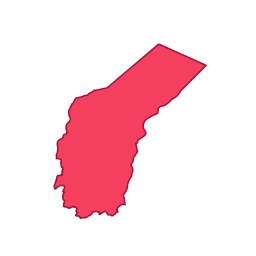 Caille Des, Dauphin, Saint Lucia (Mercator projection), rotated 139°
{"feature_id": "8701671B89602605916522", "entity_name": "Caille Des", "entity_type": "district", "adm_level": 2, "iso_a3": "LCA", "parent_name": "Saint Lucia", "parent_adm1": "Dauphin", "projection": "mercator", "projection_center": [-60.881, 13.983], "detail": "fine", "context": "isolated", "style": "filled", "palette": "rose", "viewbox_px": 256, "rotation_deg": 139, "n_neighbors": 0, "source": "geoboundaries", "source_scale": "gbopen_adm2", "svg_char_len": 5752}
<svg xmlns="http://www.w3.org/2000/svg" viewBox="0 0 256 256"><g transform="rotate(139 128 128)"><path d="M28.0,124.1L49.5,170.6L50.0,171.2L117.5,172.0L128.7,178.2L128.7,178.5L129.1,178.3L130.0,178.7L130.9,178.7L132.3,178.7L132.9,179.1L134.1,179.4L135.2,179.5L136.2,179.3L137.9,179.8L138.9,180.5L139.7,181.2L140.5,181.3L141.3,181.3L145.3,183.4L147.9,184.7L149.1,184.2L151.1,183.6L152.5,182.9L154.5,182.9L155.9,182.2L157.0,181.9L159.1,180.7L159.7,180.7L161.6,179.7L162.0,179.4L162.7,178.4L163.1,177.8L164.4,175.9L165.1,173.1L166.1,172.1L166.7,171.9L167.3,171.6L168.1,171.4L170.1,171.3L170.7,171.3L171.4,171.1L172.4,170.7L173.7,169.8L174.5,169.0L175.3,168.0L175.5,167.6L176.0,166.4L176.6,165.5L177.4,164.4L177.6,164.2L177.8,164.1L178.0,164.0L178.7,164.0L179.2,164.4L179.7,164.6L179.9,164.8L180.7,165.1L182.3,164.3L183.3,163.7L183.6,163.4L183.8,163.3L184.4,163.3L186.0,163.7L187.3,164.1L188.1,164.2L188.7,164.1L189.6,163.9L190.5,163.5L191.0,163.2L191.6,162.6L192.1,162.1L192.4,161.7L192.9,160.9L193.4,159.7L193.6,159.4L194.1,158.8L195.5,157.6L196.7,156.4L198.8,155.1L199.7,154.7L200.5,153.7L200.8,153.1L202.1,151.8L201.1,151.1L200.4,150.0L199.5,148.8L199.4,148.5L199.5,147.8L199.6,147.4L199.9,147.0L201.4,146.0L201.8,145.6L202.3,144.5L202.8,143.8L203.3,143.4L203.4,143.2L203.5,142.9L203.5,142.4L203.6,142.1L203.8,141.9L203.8,141.7L203.5,141.3L203.4,141.1L203.6,140.6L204.0,139.7L204.4,139.2L204.9,139.0L205.0,139.0L205.1,139.4L205.3,139.4L205.6,139.1L205.9,138.7L206.4,138.3L206.7,138.3L206.9,138.0L207.2,137.1L207.2,136.4L207.4,136.3L207.6,136.4L207.8,136.6L208.2,136.6L208.3,136.4L208.8,135.8L209.0,135.8L209.1,136.0L209.2,136.3L209.3,136.5L209.5,136.6L209.9,136.7L210.2,136.5L210.3,136.6L210.5,137.0L210.9,137.1L211.1,137.2L211.5,137.7L211.7,137.8L212.5,138.1L212.9,138.1L213.8,137.7L214.0,137.6L214.6,136.7L215.0,136.4L215.4,136.2L215.7,136.1L215.9,136.2L216.1,136.2L216.3,136.0L216.8,135.1L217.0,135.0L217.9,134.9L218.2,134.8L218.4,134.6L219.0,134.1L219.5,133.7L220.7,133.3L221.3,132.8L221.7,132.6L222.5,132.0L222.5,131.8L222.3,131.7L222.8,130.8L222.8,130.5L223.0,130.0L223.1,129.9L222.6,129.6L222.3,129.5L221.9,129.5L220.8,129.7L219.5,129.7L218.8,129.5L217.7,129.2L216.4,128.7L215.9,128.1L215.7,128.0L215.0,127.7L214.7,127.3L214.5,126.6L214.4,126.2L214.4,125.8L214.5,125.4L214.7,125.0L214.9,124.7L215.2,124.4L215.6,124.1L216.0,123.9L216.4,123.8L216.8,123.9L217.1,123.9L217.3,123.8L217.4,123.7L217.5,123.5L217.6,123.2L217.7,122.9L218.8,122.9L218.8,122.7L218.4,122.6L218.2,122.5L218.3,122.4L218.5,122.4L218.6,122.2L218.4,121.7L218.4,121.3L218.6,121.1L218.8,121.1L219.1,121.2L219.7,120.8L220.1,120.8L220.4,120.6L220.7,120.3L221.6,119.6L221.8,119.3L222.0,119.1L222.6,118.9L223.0,118.2L223.2,117.8L223.7,116.8L223.8,116.2L223.7,116.0L223.7,115.8L223.5,115.4L223.7,115.0L224.2,114.6L224.4,114.1L224.7,113.7L224.9,113.6L225.2,113.4L225.9,113.1L226.3,113.1L226.6,112.6L227.2,111.8L227.3,111.7L227.5,111.7L227.9,111.5L228.0,110.9L228.0,110.6L227.8,110.3L227.7,110.2L227.3,110.1L227.2,110.0L226.8,109.3L226.1,108.4L225.8,108.0L225.5,107.5L225.5,107.3L225.6,106.7L225.3,106.5L225.0,106.3L224.8,106.2L224.6,105.8L224.1,105.5L223.7,105.4L222.7,105.2L221.7,105.2L220.9,104.9L220.9,104.7L221.1,104.2L220.9,103.8L219.6,103.0L219.3,102.7L219.4,101.0L219.4,100.8L219.7,100.4L220.9,100.0L221.2,99.8L221.4,99.5L221.8,98.9L221.9,98.4L221.9,98.2L221.7,98.0L221.6,97.8L221.6,97.7L222.8,97.1L223.7,96.8L224.0,96.8L224.5,96.6L225.0,96.2L224.9,96.0L224.7,95.8L224.2,95.4L223.9,94.7L223.0,93.9L222.7,93.4L222.7,93.1L223.1,91.4L223.1,91.1L222.8,90.9L222.7,90.9L222.4,90.8L221.5,90.4L221.1,90.1L220.5,89.7L219.7,88.5L218.7,88.1L218.3,88.0L217.7,88.1L217.4,88.0L217.0,87.7L215.5,87.6L215.1,87.3L214.8,87.2L213.5,87.0L213.2,86.9L212.3,86.8L211.3,87.0L210.9,87.4L210.6,87.6L209.4,87.5L208.8,87.1L208.4,86.8L208.0,86.7L207.1,86.3L206.8,86.0L206.5,85.6L206.2,85.0L205.6,84.3L205.4,84.1L204.7,83.6L204.6,83.3L204.6,83.2L205.0,82.7L206.1,82.3L206.3,82.1L206.2,81.8L205.9,81.4L205.6,81.3L205.2,81.5L204.3,81.1L203.9,81.0L203.3,80.9L201.9,80.8L201.3,80.6L200.3,80.3L200.1,80.2L199.8,79.9L199.7,79.7L199.6,78.4L199.7,77.4L199.7,77.1L200.0,76.4L200.1,76.1L200.1,75.8L200.0,75.5L199.4,75.0L198.1,73.9L198.0,73.5L197.9,72.6L197.8,72.4L197.3,72.0L196.8,71.9L196.4,71.8L194.6,71.6L193.7,71.7L193.2,71.9L193.0,72.0L192.5,71.9L191.2,71.3L190.9,71.3L190.7,71.4L190.3,72.0L190.3,72.3L190.6,72.5L190.6,72.8L190.3,73.3L190.0,73.5L189.4,73.7L189.1,74.2L188.3,74.4L187.8,74.6L187.4,74.6L184.7,74.6L184.2,74.6L183.3,74.7L182.3,74.1L181.8,73.6L181.6,73.4L181.0,73.0L180.9,72.8L180.8,72.4L180.6,72.1L177.3,76.7L176.1,79.5L175.6,80.1L175.2,80.4L174.9,80.6L173.6,81.0L172.7,81.2L171.2,81.7L170.8,81.9L169.8,82.3L168.2,83.1L167.8,83.3L167.5,83.5L166.6,84.5L165.9,85.2L165.5,85.6L165.2,85.8L164.4,86.2L163.5,86.8L161.7,87.7L158.6,89.0L157.7,89.1L157.2,89.3L156.5,89.7L155.3,90.9L154.3,91.6L153.5,91.9L153.0,92.2L152.7,92.4L152.1,93.0L151.7,93.4L151.3,94.1L150.8,95.2L150.4,96.4L150.3,96.8L150.3,97.2L150.4,97.9L150.4,98.1L148.5,98.7L148.1,98.9L146.9,99.2L146.1,99.6L145.4,100.1L144.8,100.6L144.0,101.5L143.6,101.7L136.2,104.0L135.6,105.5L134.6,107.0L134.3,107.6L134.1,108.3L133.8,108.4L133.2,109.5L132.9,110.1L132.8,110.6L132.6,110.9L132.4,111.0L132.1,111.1L131.5,111.0L131.2,110.8L130.9,110.7L130.7,110.7L130.3,110.8L129.7,111.2L129.2,111.9L128.3,112.3L127.4,112.1L125.6,111.9L122.6,111.6L120.4,111.4L118.4,111.9L117.3,113.1L116.8,116.0L116.5,118.1L114.5,120.3L112.8,121.4L111.5,122.0L109.5,122.4L107.5,122.5L105.2,122.1L102.5,121.5L100.4,121.2L98.2,120.1L95.8,119.8L94.4,120.9L92.4,122.7L91.5,123.1L89.5,123.1L87.6,122.0L85.6,121.1L82.4,120.6L79.9,120.5L78.0,120.8L75.0,120.8L72.7,120.2L70.1,120.0L68.2,120.3L66.4,120.7L63.7,121.5L28.0,124.1Z" fill="#f43f5e" stroke="#9f1239" stroke-width="1.5"/></g></svg>